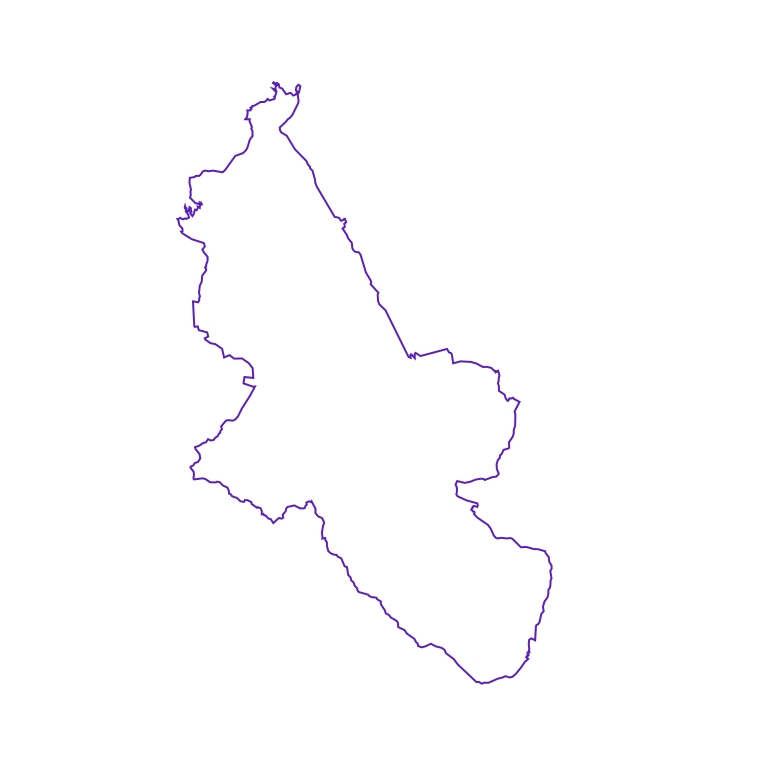 the district of Posesti, Prahova, Romania, rotated 36°
{"feature_id": "2599482B56357474531402", "entity_name": "Posesti", "entity_type": "district", "adm_level": 2, "iso_a3": "ROU", "parent_name": "Romania", "parent_adm1": "Prahova", "projection": "equal_earth", "projection_center": [26.141, 45.287], "detail": "fine", "context": "isolated", "style": "outline", "palette": "violet", "viewbox_px": 768, "rotation_deg": 36, "n_neighbors": 0, "source": "geoboundaries", "source_scale": "gbopen_adm2", "svg_char_len": 6153}
<svg xmlns="http://www.w3.org/2000/svg" viewBox="0 0 768 768"><g transform="rotate(36 384 384)"><path d="M376.2,561.6L377.7,554.2L380.3,553.1L381.1,551.5L378.9,549.4L379.2,545.0L378.0,541.6L378.3,540.1L382.9,534.9L389.1,534.0L392.2,531.8L392.8,530.6L392.1,528.9L392.4,527.0L390.9,525.6L392.4,522.9L394.3,522.5L394.3,521.4L401.9,525.2L404.4,528.7L408.7,529.8L412.7,528.8L416.5,530.9L417.4,531.8L418.1,534.7L421.4,541.2L424.4,544.1L425.0,545.3L427.0,543.2L428.9,545.1L430.7,545.5L433.1,548.6L437.0,551.8L440.1,552.3L444.0,551.4L446.0,550.1L447.9,550.8L451.9,550.2L459.3,554.6L461.7,553.9L467.3,559.5L470.8,560.2L472.6,562.0L476.4,562.6L478.7,564.4L482.7,565.2L483.7,566.5L485.9,567.1L494.9,563.8L496.8,564.2L499.2,563.7L503.5,561.3L505.0,562.2L509.4,561.8L510.2,563.3L511.8,564.4L517.7,566.6L520.3,568.5L523.9,568.0L526.9,568.9L533.5,568.2L535.7,569.0L538.4,572.3L545.3,571.0L549.3,572.5L558.3,572.3L561.7,574.0L563.8,574.2L565.6,575.9L569.3,574.9L571.7,571.9L574.6,566.6L579.8,565.9L585.7,563.6L589.2,563.5L592.4,565.4L602.0,565.5L608.3,567.5L634.1,570.8L635.9,569.2L639.2,569.0L640.5,566.9L644.2,564.2L649.3,555.5L652.5,551.7L653.9,549.1L658.3,547.5L660.0,545.4L661.0,541.5L661.5,532.8L661.3,526.2L662.3,521.7L659.6,521.5L659.8,520.4L659.3,519.0L660.3,519.3L660.4,518.6L659.4,518.2L659.5,517.2L658.0,516.8L659.1,515.2L657.8,514.5L657.4,513.1L654.0,509.4L651.8,505.6L652.7,503.2L656.9,502.5L649.3,490.7L649.0,489.4L649.9,487.6L649.8,485.3L646.4,477.4L646.7,473.9L643.8,471.1L643.0,469.4L641.7,465.6L641.7,460.6L640.2,457.0L638.0,453.9L638.0,451.6L637.2,449.5L634.2,444.9L633.8,442.8L628.4,437.5L628.2,435.0L626.3,432.4L622.2,430.7L619.0,427.2L614.0,425.7L612.7,424.6L605.5,427.2L602.2,429.5L595.0,432.1L590.7,435.6L578.9,433.8L576.9,434.2L574.4,436.6L569.3,439.5L566.5,442.3L564.5,442.7L561.9,442.0L555.2,438.2L550.9,436.9L538.1,437.2L533.2,436.3L533.1,435.0L532.2,434.2L530.8,434.9L529.8,434.3L528.6,434.5L528.2,433.2L528.6,431.8L527.9,431.3L528.3,429.8L531.7,428.6L531.1,426.9L529.7,425.7L519.3,429.6L509.5,431.6L507.3,430.7L506.5,428.6L504.1,425.2L501.0,423.2L500.3,419.5L507.4,416.6L511.2,412.4L514.4,407.4L518.1,403.6L520.6,402.2L521.9,402.5L526.2,395.9L529.2,393.0L529.7,390.2L529.6,389.2L525.1,386.3L522.2,382.6L520.8,378.5L521.1,375.7L519.8,373.6L520.3,371.6L519.5,366.9L522.7,362.8L522.6,361.7L519.4,357.8L519.1,351.1L518.1,347.9L516.1,345.1L514.5,340.5L508.2,331.4L505.8,329.5L504.2,318.8L497.8,319.7L496.4,319.3L495.4,321.1L493.9,321.9L494.3,324.7L493.6,325.0L491.0,324.1L487.7,321.7L481.1,322.0L478.1,318.1L475.6,316.3L475.1,314.3L473.4,311.9L472.4,309.3L468.6,306.2L467.5,309.0L466.7,308.7L466.6,307.9L465.4,308.5L461.3,307.9L457.4,309.5L453.9,312.1L446.8,313.1L441.4,315.0L432.6,320.7L427.8,326.6L421.4,320.1L420.0,319.6L417.9,320.2L414.4,318.6L397.1,339.9L391.2,340.3L391.1,341.5L393.7,345.0L388.5,344.0L388.2,344.9L390.2,347.2L388.0,347.7L341.9,323.5L333.4,322.3L330.7,320.6L326.6,315.8L325.8,313.5L314.7,311.2L313.9,309.2L312.2,308.0L303.8,304.4L289.1,293.2L286.2,292.3L283.1,294.0L280.5,293.7L278.4,292.6L275.1,288.8L269.4,287.2L266.2,285.2L259.0,282.5L260.0,280.0L257.6,277.6L258.3,275.4L255.4,273.4L254.7,273.7L254.8,274.9L253.4,277.2L249.8,276.0L245.9,277.8L213.8,263.9L210.4,261.8L207.7,258.9L200.7,253.4L197.6,253.0L196.5,251.8L193.5,251.2L190.1,249.2L174.1,246.5L159.3,240.3L153.0,240.9L150.5,239.7L148.9,237.7L150.5,229.5L150.6,226.4L151.5,223.7L151.7,219.8L149.5,207.3L148.6,205.3L144.2,200.7L143.5,197.1L141.1,192.1L138.8,192.3L138.6,195.4L140.1,198.3L141.8,198.3L142.5,201.7L141.0,204.0L137.4,203.3L134.5,207.1L128.1,204.8L125.1,205.6L123.1,203.7L122.3,204.9L121.6,202.7L121.3,204.2L120.3,203.5L119.8,204.8L117.3,204.9L117.3,205.8L120.6,205.7L122.8,208.9L122.5,209.7L120.5,210.4L123.9,211.0L123.3,210.2L123.6,209.9L125.0,210.5L126.6,214.6L126.3,216.0L127.1,216.0L127.9,217.6L124.7,221.9L122.3,221.8L122.1,224.7L121.2,226.4L118.4,228.4L115.6,234.8L114.1,236.6L114.5,237.3L113.6,238.9L115.1,239.4L114.9,241.3L112.6,243.0L114.0,244.3L116.2,248.3L116.2,251.3L119.9,248.7L120.8,250.5L126.1,253.7L126.3,255.1L128.9,256.7L131.9,260.6L131.8,265.1L134.6,273.2L134.9,275.7L134.3,279.9L129.6,286.9L129.7,304.3L129.0,307.6L120.4,311.8L117.0,315.0L114.0,316.4L112.5,318.4L112.6,322.6L112.1,324.4L109.3,326.4L109.2,327.8L105.7,331.4L108.4,335.6L113.8,340.4L114.2,342.0L116.7,344.8L117.5,347.3L125.2,348.5L128.6,347.1L128.1,345.8L129.1,346.1L129.3,344.8L131.1,345.8L130.0,347.6L131.4,349.8L129.1,350.0L129.9,350.8L130.3,353.5L128.6,354.0L130.2,358.5L130.3,360.8L126.9,359.8L126.5,358.9L127.0,357.9L124.0,355.1L122.7,355.2L124.5,358.9L124.2,359.4L122.2,359.6L121.1,357.9L119.8,357.9L118.5,356.9L119.2,358.6L121.7,359.5L122.0,360.7L126.1,362.2L128.4,363.9L127.1,366.6L125.9,366.8L124.5,369.0L121.4,369.4L121.1,370.7L119.9,371.9L121.4,372.5L125.3,375.9L129.5,376.7L131.1,378.6L130.3,380.0L132.6,380.6L143.4,379.8L155.5,375.9L158.2,378.0L158.0,381.9L160.7,383.3L166.5,384.8L168.9,388.1L169.9,391.8L171.1,393.6L170.6,394.8L172.9,395.8L173.4,397.5L173.2,403.0L176.4,408.5L177.2,412.8L180.9,419.2L183.6,421.3L183.8,422.8L185.5,425.2L185.6,427.2L180.9,429.4L196.5,448.7L197.3,449.0L199.5,446.9L202.5,449.3L210.6,446.2L213.9,448.9L212.1,452.4L213.4,453.1L219.5,453.0L224.2,450.9L232.4,450.7L239.0,456.5L242.1,451.4L247.8,451.6L254.1,446.8L262.2,446.6L268.4,448.4L274.7,455.9L267.0,460.4L270.0,466.1L279.4,463.2L281.1,461.8L282.5,472.1L283.4,487.2L284.9,495.8L284.5,500.2L283.4,502.3L278.5,505.4L277.6,507.2L277.2,514.1L279.5,515.8L279.3,518.4L280.1,519.8L279.7,521.5L280.1,523.9L279.1,526.6L279.1,529.3L277.3,531.4L274.1,532.1L274.2,535.9L272.5,537.9L270.8,542.5L268.2,546.2L270.0,547.5L275.9,549.1L279.1,552.2L279.3,556.4L277.4,559.2L277.6,562.0L276.2,564.3L276.4,565.3L281.5,566.9L283.3,568.7L285.4,572.4L286.2,572.9L287.0,572.3L292.6,567.0L295.5,565.8L301.1,565.7L305.7,562.5L306.5,561.0L309.0,560.0L313.4,560.8L318.1,559.8L321.3,561.6L323.1,563.8L324.9,563.4L327.1,564.1L332.2,562.6L336.7,563.3L340.0,561.7L339.7,559.7L341.9,558.2L346.0,557.5L347.2,558.8L353.9,558.8L354.0,558.0L357.3,557.1L359.9,558.7L361.7,561.3L362.8,560.0L364.4,560.7L365.5,559.9L369.4,560.8L371.9,559.9L376.2,561.6Z" fill="none" stroke="#5b21b6" stroke-width="2"/></g></svg>